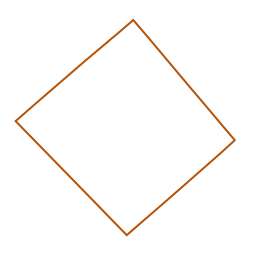 outline of Randolph, North Carolina, United States of America, rotated 47°
{"feature_id": "52423323B72128668432216", "entity_name": "Randolph", "entity_type": "district", "adm_level": 2, "iso_a3": "USA", "parent_name": "United States of America", "parent_adm1": "North Carolina", "projection": "robinson", "projection_center": [-79.833, 35.713], "detail": "fine", "context": "isolated", "style": "outline", "palette": "amber", "viewbox_px": 256, "rotation_deg": 47, "n_neighbors": 0, "source": "geoboundaries", "source_scale": "gbopen_adm2", "svg_char_len": 459}
<svg xmlns="http://www.w3.org/2000/svg" viewBox="0 0 256 256"><g transform="rotate(47 128 128)"><path d="M52.6,50.5L52.1,64.2L52.1,64.7L50.6,94.9L50.0,106.6L50.0,107.1L49.8,111.5L49.7,112.1L47.0,182.7L47.0,183.6L46.3,205.5L139.4,203.4L152.9,203.1L205.5,202.0L207.6,143.0L207.7,140.2L209.5,79.4L209.7,63.0L209.7,61.8L209.7,58.2L192.2,57.4L156.4,55.6L140.8,54.9L79.3,51.7L78.3,51.6L75.8,51.5L52.6,50.5Z" fill="none" stroke="#b45309" stroke-width="2"/></g></svg>